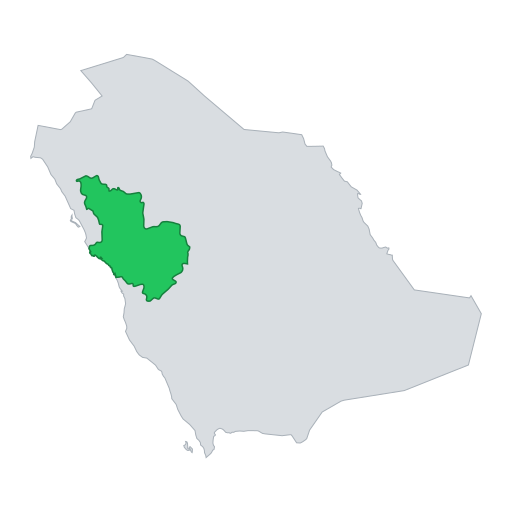 location of Al Madinah within Saudi Arabia
{"feature_id": "SAU-845", "entity_name": "Al Madinah", "entity_type": "Region", "adm_level": 1, "iso_a3": "SAU", "parent_name": "Saudi Arabia", "parent_adm1": "", "projection": "natural_earth1", "projection_center": [39.015, 24.943], "detail": "fine", "context": "in_parent", "style": "filled", "palette": "green", "viewbox_px": 512, "rotation_deg": 0, "n_neighbors": 0, "source": "natural_earth", "source_scale": "10m", "svg_char_len": 9244}
<svg xmlns="http://www.w3.org/2000/svg" viewBox="0 0 512 512"><path d="M404.2,390.6L344.1,400.2L340.9,401.2L322.2,412.0L309.6,430.1L306.7,438.7L305.1,440.1L302.6,441.8L300.3,443.0L296.6,442.8L292.3,436.2L291.2,434.8L290.2,434.7L282.1,435.7L265.3,433.9L262.5,433.4L258.8,431.2L257.8,430.8L256.9,430.7L248.2,430.6L243.8,431.3L239.7,431.0L235.3,431.4L233.8,432.3L232.1,432.2L231.1,433.0L230.2,433.3L229.1,432.7L227.7,432.8L225.7,432.3L224.4,430.8L223.2,429.6L222.0,428.9L220.5,428.4L219.3,428.4L217.8,429.2L216.8,429.9L214.4,432.4L214.3,433.3L215.4,434.8L215.1,435.5L213.7,436.4L213.3,438.7L213.1,440.0L212.9,443.1L213.5,445.5L214.4,446.4L214.4,447.5L214.0,449.5L212.7,450.2L211.7,452.2L211.1,453.1L210.1,454.1L206.1,457.6L205.8,455.6L204.5,452.6L204.4,450.5L203.8,448.3L202.7,446.7L200.6,445.0L200.4,442.6L198.9,440.3L196.9,438.5L195.8,435.0L195.0,430.5L189.7,424.5L183.1,419.0L181.1,415.9L177.8,409.5L176.2,404.5L171.8,398.7L171.6,396.5L170.9,393.8L169.9,390.8L169.3,388.4L164.9,378.0L163.5,376.3L162.2,374.0L161.9,372.2L161.5,371.2L158.4,369.5L155.5,365.1L146.8,358.1L142.6,357.4L139.2,354.9L136.8,351.7L134.1,346.1L129.5,340.0L125.5,331.4L126.8,328.3L126.7,326.1L125.5,322.4L124.2,319.5L123.3,316.8L124.0,312.9L124.3,308.6L125.0,306.2L125.6,303.7L124.9,298.6L123.6,295.9L123.7,294.1L122.2,293.2L121.0,291.2L122.3,291.2L120.0,288.4L119.2,286.9L118.3,283.2L117.2,280.3L113.7,273.9L112.1,269.9L108.3,264.8L104.2,261.1L101.7,259.4L100.4,257.8L98.3,257.8L96.0,255.5L94.4,255.4L92.4,255.1L90.0,250.8L88.0,246.8L84.7,241.6L85.5,240.2L86.5,238.0L86.0,235.1L85.5,233.1L84.0,229.5L79.2,220.5L77.9,219.2L75.9,217.7L74.6,213.8L74.0,210.3L70.7,208.6L65.1,196.1L61.8,191.7L60.5,188.7L56.7,183.9L54.8,179.1L51.0,174.6L47.7,166.9L42.6,159.2L40.5,157.8L35.2,157.3L33.0,156.7L30.9,158.4L30.7,156.3L32.2,153.3L34.3,147.1L34.7,141.6L38.1,125.4L60.5,129.6L61.7,129.3L70.3,121.7L75.2,113.1L76.2,112.2L91.3,108.9L91.8,108.5L94.8,100.8L95.1,100.3L95.6,99.9L102.1,96.0L91.6,83.0L80.8,70.6L122.7,57.7L123.5,57.4L126.6,54.4L145.0,57.7L152.2,59.1L154.5,60.3L188.1,81.1L204.6,96.1L243.7,129.2L244.2,129.5L278.9,132.8L282.6,132.0L292.1,133.3L301.7,134.7L303.6,138.6L304.3,141.3L305.0,144.0L306.9,146.4L314.9,146.3L323.2,146.1L324.5,148.6L325.0,151.0L327.4,156.7L330.6,161.1L331.4,162.7L331.9,165.2L331.4,166.1L331.2,167.1L333.6,169.6L337.5,171.6L339.0,172.2L340.7,173.1L339.4,174.5L341.7,177.7L344.4,181.1L347.3,181.8L351.2,186.8L357.0,190.1L360.6,194.3L360.2,194.4L359.2,194.0L357.9,193.4L357.5,193.9L357.7,195.7L358.0,197.8L359.9,199.6L361.5,200.9L362.2,203.4L361.0,208.7L360.6,208.7L359.8,208.3L358.9,208.2L358.4,208.5L359.5,212.3L360.7,215.3L362.0,217.6L363.1,221.0L364.0,222.4L367.8,226.1L369.1,229.1L370.2,234.7L372.6,237.9L374.0,240.3L375.7,242.3L376.8,245.2L378.5,247.3L379.3,247.9L380.5,248.1L382.0,248.1L383.8,247.5L385.7,247.0L387.2,248.1L388.8,247.9L389.0,249.0L388.0,250.3L386.8,253.8L388.6,254.4L390.4,254.7L391.6,255.2L392.3,255.2L392.3,256.0L392.5,259.3L393.0,260.5L414.3,289.9L469.3,297.9L469.6,297.8L471.0,295.7L481.3,313.7L468.4,365.0L404.2,390.6ZM188.4,448.9L190.1,449.0L189.4,448.2L189.2,447.8L190.0,446.6L192.4,449.0L192.3,451.9L192.1,452.6L191.4,452.0L191.0,451.3L190.9,450.7L190.2,450.0L187.9,450.5L186.4,449.7L184.3,447.3L183.8,445.5L184.7,445.2L185.6,444.3L186.1,443.0L185.6,441.5L186.8,441.8L187.5,443.2L187.7,446.6L187.8,447.3L187.5,448.0L188.4,448.9ZM78.8,227.1L78.2,227.1L76.7,225.4L75.9,224.1L75.0,223.3L70.9,221.5L70.3,220.4L71.0,219.3L71.4,220.4L72.1,221.1L75.5,222.6L79.3,226.0L79.9,226.3L78.8,227.1ZM72.3,218.7L72.1,219.0L71.2,218.1L71.3,216.2L72.0,215.0L72.0,216.6L72.3,218.1L72.3,218.7Z" fill="#d9dde1" stroke="#a8b0b8" stroke-width="1"/><path d="M115.9,277.4L115.8,276.9L115.8,276.2L115.6,275.6L115.6,275.2L115.2,274.7L115.0,274.0L115.0,273.6L114.5,273.9L114.3,273.8L114.1,273.8L114.1,274.2L114.3,274.4L114.9,274.6L114.9,274.8L114.1,274.7L113.7,274.3L113.7,273.0L112.7,271.7L112.2,269.9L112.1,269.3L112.0,268.7L111.8,268.1L111.5,267.6L111.3,267.5L111.0,267.5L110.7,267.3L110.5,267.1L110.4,266.7L110.2,266.2L109.9,265.9L109.6,265.8L109.2,265.6L108.7,265.3L108.5,264.9L108.2,264.4L107.7,264.0L107.2,263.8L106.9,263.8L106.4,263.4L106.1,263.2L105.7,262.7L105.3,262.2L104.8,261.8L104.5,261.4L103.8,260.8L103.7,260.7L103.3,260.7L103.1,260.8L102.6,260.5L102.3,260.2L101.4,259.6L100.8,259.0L100.9,258.7L101.2,258.4L101.8,258.3L101.6,258.1L101.3,258.2L100.8,258.4L100.7,258.1L100.9,257.7L101.0,257.3L100.8,257.2L100.7,257.4L100.4,257.4L100.3,257.7L100.4,257.8L100.5,258.0L100.5,258.3L100.5,258.6L100.4,258.7L99.9,258.5L99.3,258.7L98.3,257.9L98.0,257.6L97.2,256.9L97.0,256.4L96.7,256.2L96.3,256.0L96.0,255.7L95.6,255.4L95.2,255.1L94.7,255.1L94.1,255.4L94.1,255.7L94.2,256.2L93.3,256.2L93.1,255.9L92.4,255.5L91.9,255.7L91.5,255.2L91.2,254.6L90.7,253.9L89.9,253.2L89.7,252.3L89.9,251.8L90.1,251.8L90.5,252.1L90.7,251.7L90.5,251.3L89.0,248.7L89.3,247.1L89.4,246.6L89.7,246.1L90.0,245.7L90.5,245.5L90.9,245.4L92.6,245.4L93.4,245.3L93.9,245.1L94.4,244.9L95.0,244.5L95.5,244.0L96.0,243.2L96.5,242.7L97.0,242.3L97.4,242.3L97.9,242.3L98.9,242.5L99.9,242.5L100.5,242.4L101.0,242.1L101.5,241.7L101.9,241.1L102.1,240.6L102.2,240.2L101.9,231.8L102.7,226.0L102.7,225.4L102.5,225.0L102.2,224.7L101.9,224.5L101.5,224.4L100.1,224.3L99.8,224.2L99.7,224.2L99.4,223.6L98.7,220.5L98.0,218.5L97.7,217.8L97.4,217.3L97.0,216.8L94.2,214.3L93.9,213.8L93.6,213.3L93.4,212.7L93.1,211.3L93.1,211.2L92.9,211.1L92.6,210.8L88.8,208.4L88.3,208.4L87.9,208.6L87.1,209.2L86.7,209.3L86.6,209.0L86.5,208.6L86.2,207.5L85.9,206.5L84.7,203.8L84.6,203.3L84.5,202.7L84.6,202.2L84.7,201.7L85.1,200.6L86.4,198.3L86.5,197.9L86.6,197.4L86.6,196.8L86.4,196.1L86.0,195.7L85.6,195.4L83.1,194.6L82.6,194.4L82.2,194.1L81.7,193.6L81.3,193.1L81.1,192.5L80.9,192.0L80.7,191.4L80.6,190.8L80.6,189.8L81.1,186.3L81.1,184.8L81.1,184.2L80.8,182.6L80.6,182.2L80.4,181.9L80.1,181.5L79.7,181.2L79.3,181.1L79.1,181.0L78.7,181.0L77.3,181.3L76.8,181.3L76.5,181.0L76.4,180.6L76.5,180.2L76.9,179.8L77.3,179.5L79.8,178.9L85.3,176.1L85.7,175.9L86.3,175.9L87.0,176.1L87.9,176.5L89.7,177.7L90.3,178.0L91.2,178.2L91.7,178.2L92.2,178.1L92.7,177.9L96.6,175.6L97.0,175.6L97.4,175.7L98.0,176.2L98.3,176.6L98.4,177.0L99.0,179.4L99.4,180.4L99.9,181.3L101.0,183.3L101.5,183.7L102.1,184.0L103.0,184.2L105.2,184.3L105.7,184.4L106.1,184.6L106.5,184.9L106.6,185.2L106.7,185.5L106.7,185.8L106.7,186.0L106.7,186.4L106.9,186.8L107.2,187.2L108.5,188.1L108.9,188.6L109.0,189.0L109.0,189.6L109.0,190.1L109.0,190.6L109.1,191.0L109.6,191.1L110.2,190.9L110.8,190.6L112.7,188.9L113.0,188.8L113.5,188.7L114.0,188.7L114.7,188.9L116.3,189.7L116.8,189.9L117.3,190.0L117.8,189.7L117.9,189.3L117.8,188.8L117.7,188.3L117.8,187.8L118.0,187.6L118.4,187.6L118.9,188.0L119.2,188.6L119.5,189.6L120.0,190.1L120.7,190.5L123.4,191.5L126.0,193.7L126.8,194.0L127.9,194.1L130.0,194.1L138.8,192.6L139.3,192.7L139.8,193.0L140.2,193.4L140.9,194.5L141.3,195.6L141.4,196.1L141.4,196.7L141.4,197.3L141.2,198.2L141.1,198.5L140.4,200.1L140.1,200.8L140.1,201.5L140.4,202.0L140.8,202.4L141.2,202.6L141.7,202.7L142.7,202.4L143.2,202.4L143.7,202.9L143.9,203.4L144.0,203.9L142.8,212.5L142.8,213.3L142.9,213.9L143.5,216.8L143.9,219.3L143.7,226.1L143.9,226.8L144.1,227.4L144.4,227.9L144.7,228.3L145.0,228.5L145.4,228.7L145.8,228.9L146.3,229.0L146.8,228.9L147.3,228.8L152.6,226.8L153.7,226.6L156.2,226.7L157.1,226.6L157.6,226.5L158.0,226.4L158.3,226.2L158.6,226.0L159.1,225.6L159.5,225.2L161.0,223.1L161.5,222.6L162.1,222.2L162.8,221.9L163.4,221.8L167.1,221.6L173.1,222.6L174.9,223.2L175.4,223.4L178.2,224.1L179.2,224.5L179.6,224.8L179.9,225.3L180.1,225.9L180.2,226.5L179.8,233.2L179.9,233.7L180.1,234.3L180.5,235.0L181.0,235.5L181.5,235.8L184.2,236.6L184.6,236.7L184.8,236.9L184.9,237.0L185.3,237.7L185.6,238.7L186.8,243.5L187.2,244.6L187.5,245.0L187.8,245.4L189.7,246.9L189.7,247.8L189.5,248.9L189.2,249.7L189.1,249.8L188.1,251.2L187.8,251.8L187.7,252.2L187.7,252.6L187.7,252.8L188.0,253.6L188.0,254.2L188.0,255.2L187.6,257.1L187.4,261.5L187.5,263.9L184.6,263.4L183.3,263.5L182.8,263.7L182.4,264.1L182.1,264.5L182.0,265.1L182.1,265.6L182.6,267.3L182.7,267.8L182.8,268.3L182.7,269.5L182.6,270.1L182.3,270.8L181.7,271.7L181.2,272.3L180.7,272.7L176.9,274.6L174.1,276.3L173.2,277.1L172.5,277.9L172.3,278.5L172.4,279.0L172.8,279.5L173.3,279.8L175.6,281.2L176.0,281.7L176.1,282.2L175.9,282.9L175.5,283.4L175.0,283.7L172.5,284.7L171.9,285.2L171.3,285.8L168.3,289.1L162.2,294.4L161.4,295.5L159.8,298.1L159.3,298.8L158.8,299.0L158.2,299.1L155.0,297.9L154.4,297.9L153.8,298.0L152.9,298.6L150.7,300.6L150.3,300.9L150.2,301.0L149.6,301.1L149.1,301.2L148.6,301.2L147.3,301.0L147.2,300.9L146.7,300.6L146.5,300.2L146.4,299.7L146.4,299.2L146.7,298.2L146.8,297.1L146.8,296.5L146.7,296.0L146.4,295.4L146.1,295.0L145.7,294.5L145.3,294.2L144.7,293.9L143.2,293.4L142.8,293.2L142.5,292.7L142.5,292.2L142.6,291.7L143.7,288.6L143.9,288.2L144.0,287.0L144.0,286.2L143.9,285.7L143.7,285.2L143.5,284.8L143.1,284.4L142.6,284.3L142.2,284.2L140.2,284.5L135.6,286.1L134.0,286.4L133.5,286.2L133.2,285.8L133.2,284.7L133.1,284.2L132.8,283.8L132.4,283.5L131.8,283.5L129.5,284.0L128.7,284.0L128.0,283.9L127.4,283.5L127.0,283.1L125.3,280.9L123.6,279.2L123.3,278.9L122.4,277.3L122.0,276.9L121.4,276.7L120.7,276.7L119.2,277.1L116.6,277.3L115.9,277.4Z" fill="#22c55e" stroke="#15803d" stroke-width="1.5"/></svg>